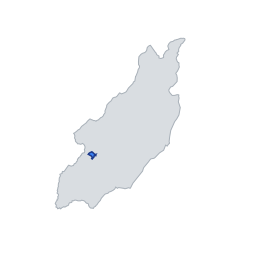 location of Telmen, Dzavhan, Mongolia, rotated 302°
{"feature_id": "93677404B12487525964315", "entity_name": "Telmen", "entity_type": "district", "adm_level": 2, "iso_a3": "MNG", "parent_name": "Mongolia", "parent_adm1": "Dzavhan", "projection": "robinson", "projection_center": [97.583, 48.784], "detail": "fine", "context": "in_parent", "style": "filled", "palette": "blue", "viewbox_px": 256, "rotation_deg": 302, "n_neighbors": 0, "source": "geoboundaries", "source_scale": "gbopen_adm2", "svg_char_len": 4407}
<svg xmlns="http://www.w3.org/2000/svg" viewBox="0 0 256 256"><g transform="rotate(302 128 128)"><path d="M22.8,108.7L23.6,108.6L24.8,107.9L25.0,106.9L25.4,106.3L28.3,106.0L29.5,106.3L29.8,105.7L30.0,105.6L30.7,106.1L31.4,105.9L31.8,105.6L32.3,104.8L33.3,105.0L35.0,104.1L35.0,102.6L35.6,102.2L37.2,101.9L37.4,101.2L37.7,101.0L38.8,100.8L40.7,100.0L41.6,100.0L42.3,99.3L44.1,98.4L46.6,98.0L46.8,97.5L49.2,96.2L51.7,96.1L52.4,94.9L52.8,94.8L54.5,96.2L55.2,96.0L55.5,95.5L56.5,95.5L56.9,96.5L57.5,96.9L64.9,97.3L65.1,97.6L65.5,100.0L66.8,101.1L67.2,101.6L69.2,101.4L70.4,102.3L72.1,102.2L73.0,102.5L74.8,101.7L75.2,101.7L75.7,102.1L76.5,101.8L78.2,102.6L79.4,102.4L80.0,102.8L80.7,102.5L82.5,102.7L83.9,104.0L84.9,103.9L86.1,103.1L86.4,102.5L88.1,102.2L89.1,101.6L89.7,101.1L90.7,99.3L90.8,97.5L90.0,97.2L89.2,96.6L88.8,95.6L88.7,94.9L87.9,93.8L88.0,93.3L88.5,92.4L88.7,90.9L89.3,90.1L90.4,89.6L90.5,89.0L91.3,87.9L93.1,87.2L94.1,86.0L94.7,84.7L95.6,85.3L98.0,86.2L100.0,86.7L101.3,87.6L104.8,87.8L110.7,90.0L111.9,89.9L115.3,90.8L115.6,91.2L115.7,92.8L115.9,93.3L116.1,95.1L116.8,96.0L116.7,97.0L117.0,97.4L117.8,97.5L119.2,98.6L122.4,99.4L123.3,100.1L125.4,100.6L126.5,100.3L128.3,100.5L129.0,100.4L130.1,99.5L130.8,99.3L134.8,98.6L135.9,98.0L136.6,97.9L139.8,98.5L142.1,99.3L145.3,99.2L146.8,100.2L147.5,101.1L148.8,101.8L153.2,102.2L153.4,102.4L153.5,104.3L153.7,104.6L156.6,106.7L158.0,107.3L162.1,107.2L168.4,108.6L169.9,108.2L171.2,108.9L171.7,108.8L175.7,107.1L176.3,107.2L180.5,106.5L183.1,105.6L185.1,105.7L186.7,104.9L187.3,103.4L189.8,101.7L194.2,99.5L197.2,99.9L198.9,100.6L200.8,102.2L201.9,102.6L203.7,102.7L206.3,101.7L207.8,101.9L209.1,102.4L210.0,103.2L206.6,111.3L206.6,111.8L205.4,113.5L205.4,116.2L203.8,117.1L204.2,118.7L204.6,119.3L206.6,120.8L207.2,120.6L207.7,120.0L208.7,119.4L210.5,119.5L212.1,119.3L214.2,119.8L216.2,121.1L218.6,118.3L221.1,118.0L223.4,118.4L225.3,120.2L227.5,121.1L228.2,122.1L229.1,122.6L229.4,123.1L232.1,125.2L232.8,126.6L233.6,127.6L233.8,128.7L233.6,129.2L232.6,129.7L229.0,129.4L226.8,128.4L226.0,129.0L223.3,128.8L221.8,129.2L220.7,129.6L220.2,130.3L219.7,130.4L219.2,130.4L218.4,129.8L217.6,129.9L217.4,130.0L217.1,131.7L214.8,131.7L214.0,131.5L212.1,132.3L211.8,133.0L210.9,133.9L210.1,135.6L210.3,136.4L210.1,136.8L208.4,137.8L206.9,139.2L203.5,139.7L201.9,139.8L200.6,139.5L199.5,139.7L198.7,141.3L196.6,143.2L193.4,145.0L187.4,143.9L186.7,143.6L185.4,142.4L181.9,142.4L181.0,143.2L180.2,144.4L179.0,148.2L180.5,150.4L182.1,151.8L182.8,152.8L182.9,153.7L181.8,154.1L180.4,155.5L176.9,156.8L173.0,161.5L166.0,164.3L161.6,164.5L158.1,164.2L148.7,165.5L142.6,168.0L138.2,170.1L137.2,171.2L136.7,171.3L135.9,170.9L133.4,170.8L133.4,169.0L128.0,170.0L123.6,167.9L117.4,166.6L116.1,166.1L114.0,163.8L112.9,163.5L110.1,163.3L102.6,162.3L99.1,163.2L83.8,161.4L78.3,161.9L78.0,161.7L77.7,160.2L75.1,157.9L74.7,157.3L74.6,156.4L72.5,151.6L71.2,150.9L71.4,148.9L69.4,149.1L67.1,148.3L64.8,146.9L63.7,145.9L62.1,145.6L60.1,143.8L59.2,143.4L54.3,142.6L51.9,142.9L49.3,142.4L46.3,142.3L45.4,141.9L44.5,142.0L42.8,141.1L41.6,141.3L40.3,138.6L40.7,136.9L41.3,135.9L42.7,134.4L42.7,133.8L42.2,132.5L43.0,130.0L42.8,128.5L42.1,126.8L41.1,126.4L39.7,124.1L39.3,122.3L38.7,121.1L37.3,120.3L36.8,119.2L36.4,119.2L36.0,119.5L35.2,119.7L34.3,119.0L33.8,118.2L33.3,118.0L32.3,118.0L31.4,118.4L30.4,118.2L29.6,117.5L27.4,116.4L27.4,115.6L27.1,115.1L26.4,114.9L25.8,114.3L23.7,113.7L23.6,113.3L24.2,112.4L22.8,111.7L22.2,111.0L23.1,110.0L22.8,109.3L22.8,108.7Z" fill="#d9dde1" stroke="#a8b0b8" stroke-width="1"/><path d="M84.6,108.3L84.8,109.0L84.7,109.4L84.7,109.6L84.7,109.9L84.7,110.0L84.8,110.4L84.8,111.7L84.6,112.1L84.3,113.1L84.2,113.2L83.6,113.4L82.8,113.4L82.8,113.7L82.8,114.1L83.0,114.1L83.2,113.9L83.3,113.9L83.5,113.9L83.7,114.0L83.8,114.0L84.0,114.1L84.1,114.3L84.3,114.3L84.5,114.3L84.9,114.4L85.2,114.5L85.6,114.3L85.9,114.3L86.2,114.2L86.4,114.2L86.7,114.0L86.9,114.0L86.9,114.3L87.0,114.3L87.0,114.5L87.1,114.8L87.3,114.9L87.3,115.0L87.5,115.1L87.6,115.3L87.7,115.2L87.8,114.8L88.0,114.8L88.7,114.8L88.4,114.5L88.3,114.4L88.1,114.0L88.1,113.3L88.2,112.9L88.3,112.5L88.4,111.6L88.5,111.5L88.5,111.4L88.6,111.2L88.6,110.9L88.6,110.7L88.7,110.4L88.6,110.2L88.6,109.9L88.2,109.7L87.9,109.6L87.7,109.3L87.5,109.2L87.1,108.9L86.9,108.8L86.7,108.7L85.8,108.4L85.5,108.2L85.2,108.3L84.6,108.3L84.6,108.3Z" fill="#3b82f6" stroke="#1e3a8a" stroke-width="1.5"/></g></svg>